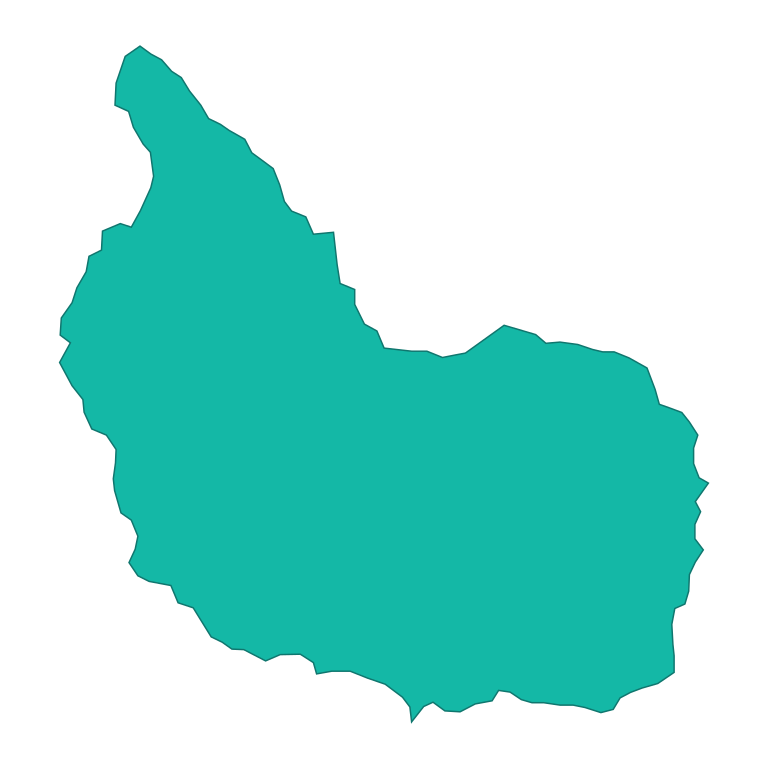 the district of Santa Helena, Paraíba, Brazil
{"feature_id": "56859067B39303550604854", "entity_name": "Santa Helena", "entity_type": "district", "adm_level": 2, "iso_a3": "BRA", "parent_name": "Brazil", "parent_adm1": "Paraíba", "projection": "robinson", "projection_center": [-38.585, -6.713], "detail": "fine", "context": "isolated", "style": "filled", "palette": "teal", "viewbox_px": 768, "rotation_deg": 0, "n_neighbors": 0, "source": "geoboundaries", "source_scale": "gbopen_adm2", "svg_char_len": 1840}
<svg xmlns="http://www.w3.org/2000/svg" viewBox="0 0 768 768"><path d="M129.0,562.6L137.9,575.8L149.1,581.4L170.9,585.5L178.1,602.8L193.2,607.8L211.2,636.9L222.2,642.2L231.9,649.1L243.8,649.6L265.6,660.9L280.2,654.6L300.3,654.2L313.4,662.6L316.6,673.9L331.8,671.2L350.2,671.2L367.8,678.2L385.2,684.2L402.5,697.2L409.9,707.0L411.6,721.9L423.7,706.5L433.0,702.2L444.9,710.9L460.1,711.8L475.3,703.9L492.1,700.8L498.6,690.4L510.1,692.1L521.3,699.6L531.9,702.7L543.7,702.7L560.0,705.1L573.1,705.1L585.0,707.5L600.9,712.6L613.2,709.4L620.1,697.9L630.5,692.4L642.2,688.0L657.8,683.5L674.1,672.4L674.1,655.8L672.9,644.3L671.8,624.4L674.8,608.5L684.9,604.0L688.7,591.2L689.4,574.6L695.3,562.1L703.3,549.9L694.9,538.8L694.9,524.4L700.6,511.7L695.3,501.6L708.4,483.1L699.1,477.8L693.6,463.6L693.6,448.0L697.8,435.1L689.4,422.1L681.8,412.5L671.4,408.6L659.3,404.3L655.1,389.4L647.0,368.0L629.0,357.9L614.2,351.9L602.8,351.9L592.6,349.5L577.8,344.5L560.0,342.1L545.9,343.3L535.7,334.6L504.1,325.3L465.4,353.1L455.2,355.0L442.5,357.5L426.9,351.2L411.6,351.2L384.1,348.1L376.9,331.0L364.4,324.1L354.7,304.4L354.7,289.5L340.1,283.5L337.1,264.5L333.5,232.3L313.4,234.2L305.8,216.9L291.6,211.1L284.4,201.5L279.7,184.9L273.2,168.6L260.0,158.8L251.8,152.8L244.8,139.3L229.1,130.4L220.5,124.4L208.6,118.6L200.8,105.2L189.5,91.0L181.3,77.6L171.6,71.3L161.6,59.8L150.8,54.0L140.0,46.1L125.2,56.4L116.1,83.1L115.0,105.2L128.6,111.4L133.4,127.3L143.2,144.1L150.4,152.3L153.6,176.3L150.8,187.8L140.4,210.7L131.3,227.2L120.3,223.6L102.5,231.1L101.5,250.1L89.0,256.3L86.2,271.7L76.9,287.8L72.1,302.7L61.3,318.0L60.2,335.1L70.4,342.8L59.6,362.5L72.1,385.8L82.9,399.5L84.1,412.2L91.8,429.0L106.4,435.1L116.1,449.5L115.5,462.9L113.3,478.8L114.6,490.6L121.0,512.9L131.3,520.1L137.9,536.2L135.2,549.2L129.0,562.6Z" fill="#14b8a6" stroke="#0f766e" stroke-width="1.5"/></svg>